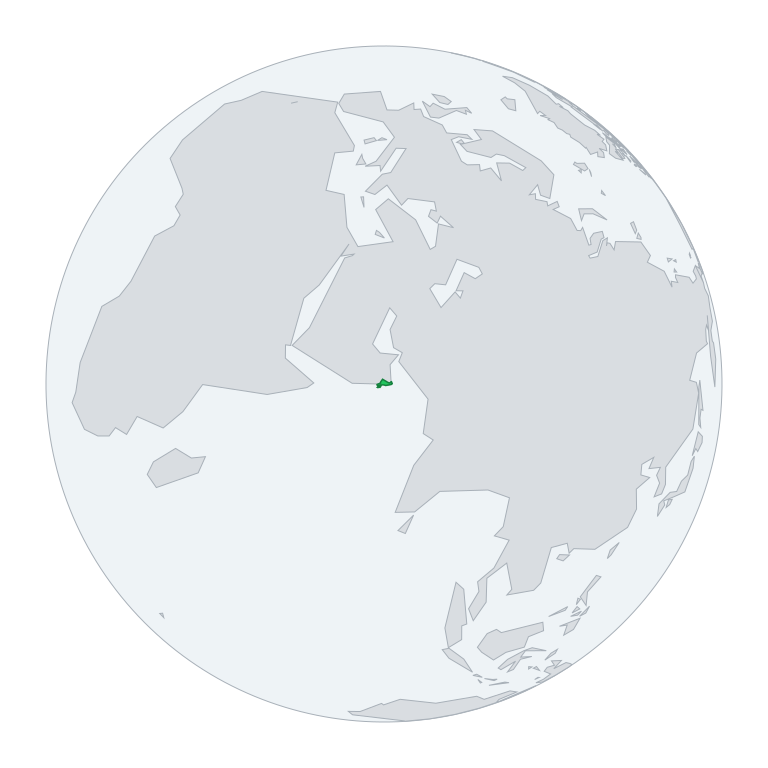 the Earth from above Ash Sharqiyah South, rotated 51°
{"feature_id": "OMN-2406", "entity_name": "Ash Sharqiyah South", "entity_type": "Region", "adm_level": 1, "iso_a3": "OMN", "parent_name": "Oman", "parent_adm1": "", "projection": "orthographic", "projection_center": [58.929, 21.395], "detail": "fine", "context": "on_globe", "style": "filled", "palette": "green", "viewbox_px": 768, "rotation_deg": 51, "n_neighbors": 0, "source": "natural_earth", "source_scale": "10m", "svg_char_len": 11494}
<svg xmlns="http://www.w3.org/2000/svg" viewBox="0 0 768 768"><g transform="rotate(51 384 384)"><circle cx="384" cy="384" r="338" fill="#eef3f6" stroke="#a8b0b8"/><path d="M497.9,65.8L495.2,64.9L479.4,59.9L476.0,58.9L485.1,61.8L485.9,62.7L473.1,58.4L473.2,59.8L446.7,53.8L416.4,47.7L397.9,46.6L367.9,46.5L394.3,46.2L420.7,48.1L446.9,52.0L472.6,57.9L497.9,65.8ZM356.5,47.2L340.9,48.8L335.0,49.8L329.0,50.6L329.5,50.8L336.1,50.0L338.5,50.1L335.7,50.9L327.5,51.6L327.8,51.4L323.9,52.1L321.0,52.3L320.8,52.7L311.3,54.2L316.4,54.1L305.2,56.5L300.1,57.2L306.3,55.3L307.2,54.9L331.7,50.1L356.5,47.2ZM274.7,64.3L277.0,63.5L269.2,66.3L256.1,71.5L247.1,75.1L241.1,77.9L244.6,76.9L223.0,87.2L200.4,101.0L195.5,104.1L195.0,103.9L220.3,88.4L247.0,75.1L274.7,64.3ZM498.9,66.6L499.5,67.2L496.2,65.6L498.9,66.6ZM301.9,56.2L304.0,55.8L285.9,60.7L290.1,59.4L301.9,56.2ZM498.0,67.0L499.6,69.6L506.4,72.0L487.9,67.5L492.7,66.2L487.6,63.6L493.9,65.9L498.0,67.0ZM339.4,49.5L332.3,50.3L340.9,49.1L339.4,49.5ZM344.3,48.7L367.3,46.5L376.5,46.3L366.9,46.7L380.9,46.5L374.1,47.4L364.9,47.7L360.3,47.5L361.2,48.2L344.3,48.7ZM477.4,65.1L475.4,65.3L474.5,64.2L477.4,65.1ZM340.2,50.0L344.0,49.3L352.2,48.9L346.0,50.4L345.3,49.9L340.2,50.0ZM387.9,46.4L392.9,46.8L388.8,47.4L390.1,47.8L374.7,47.5L387.9,46.4ZM342.0,50.4L342.7,51.2L336.2,52.3L337.0,50.8L342.0,50.4ZM356.9,48.3L360.5,48.4L356.5,48.7L356.9,48.3ZM313.7,57.6L318.1,56.0L322.7,55.6L313.7,57.6ZM343.4,51.5L345.6,51.1L347.9,51.0L347.0,51.8L343.4,51.5ZM372.8,48.3L370.1,48.7L378.9,48.4L376.2,49.4L366.4,49.2L369.5,49.7L368.6,50.1L361.5,49.6L372.8,48.3ZM353.1,52.3L339.6,53.2L330.5,55.8L326.1,56.1L341.6,52.0L353.1,52.3ZM358.7,50.7L354.2,51.6L351.0,51.2L352.1,50.3L358.7,50.7ZM377.9,50.4L384.6,48.8L386.5,49.0L377.9,50.4ZM351.0,53.0L354.3,52.8L350.8,53.2L351.0,53.0ZM370.3,51.1L372.5,50.4L374.6,50.6L370.3,51.1ZM359.1,53.3L354.8,53.4L355.3,52.7L359.1,53.3ZM364.8,52.3L367.2,52.8L358.2,52.3L365.4,51.9L364.8,52.3ZM372.0,51.4L373.9,51.3L370.8,51.7L372.0,51.4ZM359.4,56.6L347.9,56.2L349.2,54.3L360.2,54.8L359.4,56.6ZM67.5,387.0L66.1,331.7L73.7,316.4L79.9,294.6L135.8,242.6L142.2,251.5L180.0,256.9L183.7,261.3L173.4,276.8L197.0,307.2L211.6,295.7L238.9,314.2L260.8,317.8L279.1,287.4L243.2,280.7L242.8,264.1L276.3,256.1L308.5,263.4L309.4,257.3L293.9,240.9L306.3,231.6L289.1,234.5L292.4,241.4L281.7,243.9L278.1,237.8L282.6,234.5L274.3,230.1L254.9,248.7L256.1,257.8L231.3,256.5L231.0,271.8L222.5,277.1L219.9,253.3L223.9,245.7L214.9,218.7L208.4,226.2L216.5,252.7L211.7,249.6L202.9,261.6L205.9,250.0L198.8,220.6L179.8,219.7L146.8,243.9L137.5,242.6L133.7,232.4L154.4,202.6L172.9,209.2L180.5,200.3L184.3,184.0L189.6,187.9L193.4,182.5L201.1,184.9L219.4,175.7L228.3,177.3L242.6,162.5L249.2,161.7L238.8,170.4L236.4,177.9L259.6,183.6L266.1,181.4L273.6,171.7L279.0,175.1L283.3,165.1L300.1,164.9L283.1,157.3L291.4,147.4L305.4,141.8L305.1,137.6L282.3,146.8L276.0,152.0L275.3,158.3L255.4,173.1L245.9,173.8L255.3,154.4L242.9,153.9L255.6,140.4L309.5,121.4L328.3,120.3L344.2,138.4L335.8,143.5L325.8,139.2L328.4,152.0L331.4,146.6L335.9,150.0L344.9,142.6L348.6,144.7L351.1,134.5L356.5,136.3L354.8,142.7L372.9,134.8L386.2,137.3L388.6,134.6L387.3,131.1L405.0,137.4L405.9,135.3L400.5,132.2L398.8,126.2L402.8,118.3L408.7,120.9L408.1,124.1L415.6,135.3L413.0,144.2L415.9,144.6L419.5,137.6L410.3,123.7L411.0,118.4L416.7,124.2L414.7,121.7L416.9,119.9L424.6,120.8L419.0,114.4L435.3,95.0L451.8,96.1L455.1,102.7L472.7,95.3L490.0,99.2L484.9,96.1L490.0,91.8L484.6,90.4L482.6,88.7L493.1,79.7L500.1,80.4L498.9,75.1L496.3,73.8L491.0,72.8L487.9,67.5L506.4,72.0L511.4,74.6L519.6,76.5L529.7,82.6L541.9,89.3L548.1,96.3L557.2,101.8L559.4,102.0L573.4,110.5L594.6,128.8L567.8,112.6L534.1,89.6L547.0,98.3L541.2,96.3L544.1,99.7L553.5,106.5L556.3,107.2L556.6,121.6L573.5,144.1L579.3,140.2L589.1,145.2L613.4,172.3L625.9,217.4L639.2,228.5L644.1,237.4L641.7,245.1L634.5,232.2L626.5,229.6L622.7,221.7L616.5,231.3L610.8,220.5L608.7,234.2L616.3,241.6L623.9,236.4L624.5,254.1L640.1,266.4L648.7,284.9L645.2,324.1L631.4,340.1L632.0,346.6L623.1,341.8L616.4,356.9L637.3,387.4L638.5,397.5L625.3,421.3L624.0,413.9L600.4,401.3L599.7,426.3L617.8,441.9L624.1,463.6L611.9,459.7L605.0,440.8L596.6,435.7L596.2,414.4L584.1,385.0L571.5,393.8L569.9,381.1L551.4,358.1L531.8,369.9L502.6,408.2L502.7,440.7L490.8,456.1L465.9,412.0L458.5,381.0L447.2,384.7L423.5,359.3L375.9,358.4L371.2,350.1L361.8,353.7L345.5,345.0L339.2,331.3L328.4,331.6L345.7,367.7L357.5,367.5L370.4,354.4L372.8,367.1L388.8,378.6L363.4,408.3L296.2,431.1L293.3,406.5L261.3,335.2L264.3,327.9L264.3,327.1L264.2,325.5L257.5,337.0L253.2,323.1L266.3,372.1L266.9,392.3L295.2,432.4L291.6,435.9L301.8,444.4L339.0,437.9L338.4,445.9L318.6,481.4L270.3,525.3L278.9,557.6L279.2,583.3L253.9,596.3L261.2,615.8L248.9,620.1L251.4,630.3L244.3,639.1L230.7,645.3L202.2,638.1L196.4,628.7L176.1,606.6L146.1,554.4L149.1,534.4L144.9,516.0L124.7,469.1L128.8,447.7L124.4,436.1L114.8,434.5L110.2,420.6L104.7,417.8L74.1,408.3L67.5,387.0ZM110.3,273.4L107.3,279.5L110.3,273.4ZM338.7,288.4L360.5,291.6L357.2,270.8L365.3,270.6L361.3,264.0L356.9,269.3L347.9,251.6L359.6,246.8L360.3,238.3L353.0,236.9L333.0,248.8L345.7,273.7L338.0,281.4L338.7,288.4ZM187.8,108.9L193.6,105.2L187.6,109.1L177.5,116.8L168.9,123.5L175.1,118.5L173.6,119.6L175.0,118.4L187.8,108.9ZM206.8,154.0L207.0,158.4L200.4,163.5L189.1,164.1L198.5,156.3L206.8,154.0ZM208.8,163.7L221.3,145.7L228.8,145.5L222.5,148.5L226.2,150.2L217.0,155.6L211.9,174.0L205.8,179.9L188.3,176.2L197.4,173.7L196.7,169.1L208.8,163.7ZM239.9,108.8L245.4,103.4L254.6,109.6L248.4,114.1L236.7,114.3L237.2,109.1L239.9,108.8ZM291.0,60.5L292.5,59.7L294.8,59.2L295.3,59.5L291.0,60.5ZM315.3,56.9L286.7,64.2L287.0,63.4L269.9,69.9L264.0,70.6L275.3,66.2L257.9,72.1L265.7,68.5L253.9,73.0L279.6,63.1L286.0,60.8L281.2,62.9L286.4,62.2L290.6,61.2L307.1,57.0L323.3,52.7L331.1,52.1L332.3,52.9L329.6,53.8L325.4,53.7L324.8,55.0L316.7,55.7L315.3,56.9ZM341.9,74.7L338.1,72.0L335.6,79.0L327.4,78.0L327.6,78.9L319.4,80.1L309.7,83.5L306.9,82.5L304.4,84.4L298.9,85.6L294.4,87.9L287.8,87.3L281.8,90.2L282.0,88.3L273.6,93.7L276.9,89.5L270.1,91.3L270.5,94.5L245.3,90.0L232.2,92.9L219.4,98.2L226.8,91.4L243.5,82.9L263.3,75.4L274.9,74.1L276.1,71.9L282.0,70.8L278.6,73.0L287.4,69.1L291.4,69.0L309.0,65.1L319.4,60.6L326.1,59.5L324.0,61.3L332.2,59.0L332.8,61.8L337.7,61.3L343.1,64.1L336.3,68.5L342.3,67.7L346.7,70.3L341.9,74.7ZM360.5,57.4L354.3,61.9L346.8,63.9L340.4,58.4L335.9,58.5L331.6,56.1L342.6,53.5L342.8,54.3L345.6,54.6L341.0,55.3L346.8,55.0L347.3,56.3L351.9,56.6L348.6,57.9L360.5,57.4ZM191.6,256.7L195.2,258.6L201.6,259.6L196.2,267.7L191.6,256.7ZM186.3,236.7L190.1,236.7L185.5,247.6L181.9,246.0L186.3,236.7ZM196.0,227.9L190.6,235.8L191.3,230.6L196.0,227.9ZM242.7,170.2L247.2,170.1L246.2,172.5L241.9,175.5L242.7,170.2ZM332.6,98.6L331.6,96.0L333.9,95.3L338.6,89.2L345.0,89.9L344.7,94.0L332.6,98.6ZM270.8,291.8L262.2,296.7L259.9,293.2L263.3,292.1L270.8,291.8ZM225.7,282.1L234.2,288.4L224.1,284.3L225.7,282.1ZM340.4,98.4L341.5,95.7L344.0,97.9L340.4,98.4ZM349.9,90.3L353.5,92.2L346.3,89.4L349.9,90.3ZM422.8,700.3L427.0,702.2L421.2,702.7L422.8,700.3ZM336.1,584.3L321.2,626.1L305.3,624.9L299.4,612.2L302.9,586.5L320.3,580.3L328.1,568.5L336.1,584.3ZM672.7,497.0L677.4,495.8L677.0,497.3L672.7,497.0ZM667.9,494.6L673.8,492.2L666.4,498.3L667.9,494.6ZM676.1,491.3L682.0,485.5L684.6,481.8L683.8,485.1L676.1,491.3ZM663.7,496.6L638.0,506.1L627.1,505.9L630.3,499.8L648.0,495.1L663.7,496.6ZM629.4,499.9L611.9,490.2L583.4,452.8L593.7,451.2L622.6,470.7L620.9,475.8L631.5,484.5L629.4,499.9ZM669.3,458.1L667.4,472.6L653.9,476.9L647.4,477.1L642.9,460.9L645.5,451.0L651.0,449.3L669.1,410.5L676.1,415.2L671.3,430.8L676.8,440.5L669.3,458.1ZM504.5,443.5L513.6,461.5L506.7,465.4L504.5,443.5ZM673.9,385.6L668.3,402.4L672.6,381.3L673.9,385.6ZM674.9,366.8L676.5,373.4L672.5,368.1L674.9,366.8ZM634.2,356.1L628.5,359.7L627.1,354.9L633.6,347.5L634.2,356.1ZM655.2,300.9L659.7,315.0L660.2,320.3L655.4,312.7L655.2,300.9ZM396.9,107.4L383.3,114.4L377.7,121.4L381.3,127.7L370.4,122.5L379.0,111.7L396.9,107.4ZM429.9,95.9L426.7,91.4L431.9,92.1L433.4,93.2L429.9,95.9ZM425.3,94.1L414.3,91.3L414.9,88.0L423.5,90.8L425.3,94.1ZM377.0,93.3L372.5,95.1L370.6,93.1L377.0,93.3ZM659.1,580.2L659.4,579.9L658.6,580.2L621.3,616.6L616.0,617.7L623.5,608.7L630.7,586.9L633.1,586.3L639.2,569.9L664.7,544.6L685.0,508.5L692.1,504.6L701.8,479.2L706.9,474.6L701.5,493.1L702.2,497.5L714.0,455.8L711.6,466.8L704.6,490.9L695.7,514.4L685.2,537.2L673.0,559.2L659.1,580.2ZM684.2,492.1L691.7,477.7L694.8,474.8L684.2,492.1ZM717.8,436.6L718.0,434.7L715.4,448.3L711.8,454.0L713.8,445.9L714.2,437.0L708.1,440.3L706.9,435.4L709.8,428.5L704.6,428.1L710.5,420.1L712.1,431.2L715.0,417.9L718.3,415.3L720.2,414.5L720.2,418.5L717.8,436.6ZM708.8,449.0L709.7,448.1L708.5,452.9L708.8,449.0ZM697.0,447.1L696.5,451.0L694.7,449.4L697.0,447.1ZM699.5,443.3L704.5,443.4L698.9,446.8L699.5,443.3ZM680.3,442.0L682.3,449.6L688.8,440.6L683.8,451.2L687.3,463.1L685.5,469.2L682.2,456.2L679.6,472.9L676.6,474.0L675.8,461.2L679.3,443.1L682.2,434.8L693.4,425.7L680.3,442.0ZM699.8,432.8L698.3,423.7L699.3,416.2L701.0,420.4L699.8,432.8ZM692.3,402.4L686.6,393.3L682.7,400.1L689.4,379.1L694.0,391.2L692.3,402.4ZM685.5,379.0L682.0,385.2L684.8,373.5L685.5,379.0ZM680.3,381.9L678.5,374.0L682.0,373.4L680.3,381.9ZM687.6,378.2L686.0,364.1L689.0,371.3L687.6,378.2ZM673.6,356.7L683.3,366.3L672.9,365.4L666.4,339.4L670.4,336.8L673.6,356.7ZM657.5,242.4L653.1,235.9L655.0,232.6L657.5,237.9L657.5,242.4ZM657.2,218.1L654.1,229.6L650.9,240.1L654.7,242.0L659.0,254.9L650.2,245.7L648.3,229.8L651.7,224.2L646.7,214.0L645.9,205.3L637.5,194.1L635.4,188.2L644.0,196.9L657.2,218.1ZM633.7,189.6L618.9,169.9L625.0,169.5L629.7,173.7L633.9,182.7L630.4,182.3L633.7,189.6ZM617.1,165.2L613.6,164.9L584.3,141.0L579.7,136.1L605.2,152.7L603.2,153.5L609.3,159.9L617.1,165.2ZM479.0,66.5L475.8,65.4L479.0,65.9L479.0,66.5ZM479.5,88.1L477.3,85.9L481.2,86.1L479.5,88.1ZM473.2,80.2L470.4,81.4L470.9,79.0L473.2,80.2ZM464.4,84.7L468.1,81.4L468.1,86.2L464.4,84.7Z" fill="#d9dde1" stroke="#a8b0b8" stroke-width="1"/><path d="M387.0,376.8L387.3,377.0L387.2,377.0L387.3,377.2L387.8,377.0L388.2,377.2L388.3,377.2L388.3,377.3L388.4,377.5L388.5,377.5L388.5,377.4L388.4,377.3L388.4,377.2L388.5,377.2L388.8,377.3L389.0,377.6L389.0,377.8L388.9,378.8L388.8,379.0L388.7,379.2L388.4,379.7L388.2,379.8L388.1,380.0L388.0,380.5L387.9,380.9L387.7,381.0L387.5,381.3L387.1,381.9L387.0,382.4L386.8,382.6L386.3,383.5L386.2,383.7L385.5,384.1L385.3,384.2L384.7,384.7L383.9,385.5L383.7,385.8L383.5,386.1L383.3,386.4L383.3,386.6L383.2,386.8L382.9,387.0L383.0,387.1L382.9,387.2L382.6,387.3L382.6,387.5L382.8,387.6L382.8,387.8L382.7,387.9L382.5,388.1L382.4,388.1L382.3,388.3L382.2,388.3L382.1,388.6L382.0,388.9L381.9,389.2L381.8,389.4L381.8,389.5L381.7,389.7L381.7,389.8L381.4,390.0L381.2,390.1L380.9,390.0L380.7,390.0L380.4,390.0L380.4,389.9L380.2,389.9L380.0,389.7L380.1,389.3L380.2,389.2L380.3,389.1L380.3,388.9L380.3,388.6L381.1,386.1L380.5,385.8L379.9,384.0L379.4,382.1L380.8,381.6L382.2,381.1L383.4,380.6L384.7,380.2L385.9,379.6L386.5,379.2L386.8,378.5L386.8,377.7L386.7,377.4L386.7,377.1L387.0,376.8ZM383.9,388.5L383.9,388.8L384.1,389.1L384.1,389.3L383.9,389.4L383.6,389.6L383.4,389.8L383.3,390.0L383.3,390.3L383.2,390.4L383.2,390.5L383.0,390.8L382.9,390.9L382.9,391.0L382.7,391.0L382.4,391.2L382.4,390.9L382.4,390.7L382.4,390.1L382.5,390.0L382.5,389.9L382.7,389.7L382.8,389.6L383.0,389.6L383.2,389.4L383.2,389.2L383.3,389.0L383.6,388.6L383.7,388.4L383.7,388.2L383.8,388.1L383.9,388.3L383.9,388.5Z" fill="#22c55e" stroke="#15803d" stroke-width="1.5"/></g></svg>